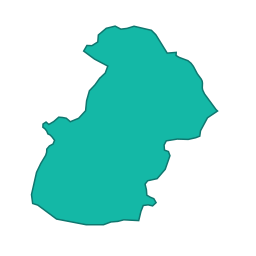 the Province of Montana, rotated 188°
{"feature_id": "BGR-2250", "entity_name": "Montana", "entity_type": "Province", "adm_level": 1, "iso_a3": "BGR", "parent_name": "Bulgaria", "parent_adm1": "", "projection": "orthographic", "projection_center": [23.215, 43.499], "detail": "fine", "context": "isolated", "style": "filled", "palette": "teal", "viewbox_px": 256, "rotation_deg": 188, "n_neighbors": 0, "source": "natural_earth", "source_scale": "10m", "svg_char_len": 1235}
<svg xmlns="http://www.w3.org/2000/svg" viewBox="0 0 256 256"><g transform="rotate(188 128 128)"><path d="M90.8,209.6L90.5,206.5L87.4,205.1L78.0,203.0L74.6,200.9L71.9,198.2L66.9,191.3L62.3,186.6L61.1,184.8L60.5,182.8L60.0,178.0L59.3,175.9L56.9,172.3L43.4,158.5L41.7,157.3L50.7,149.2L55.8,135.4L55.8,129.9L59.6,127.8L66.7,125.1L77.7,123.9L88.3,120.6L89.9,116.2L88.8,111.2L84.7,110.3L82.6,106.4L85.4,92.3L92.1,81.9L101.2,78.5L103.3,74.8L101.2,69.5L100.0,64.1L96.4,62.6L92.6,61.6L89.8,58.0L92.8,54.3L97.4,54.7L102.1,53.4L103.6,47.2L104.5,37.8L119.4,36.5L125.1,34.1L131.8,32.6L138.8,28.8L156.0,26.4L186.1,27.9L206.6,39.1L211.9,40.0L214.3,48.6L212.4,71.4L209.4,80.8L205.7,89.5L205.2,92.6L205.5,95.8L203.3,99.3L200.0,101.7L199.0,105.6L202.2,108.8L204.2,110.3L206.5,111.0L208.0,113.6L210.1,115.6L212.4,116.9L212.7,120.1L210.0,122.5L206.9,120.5L202.4,124.1L198.1,129.1L194.3,129.3L190.5,129.1L186.0,126.2L178.2,130.8L172.4,139.2L172.8,149.3L171.4,159.5L166.7,166.1L162.9,173.4L158.2,179.2L156.6,186.5L170.8,191.6L182.6,198.0L180.2,204.0L175.2,204.5L169.9,209.0L170.3,216.0L163.4,223.7L154.9,227.1L148.8,224.9L142.8,226.5L136.2,229.6L118.4,228.0L113.4,224.2L99.6,207.6L90.8,209.6Z" fill="#14b8a6" stroke="#0f766e" stroke-width="1.5"/></g></svg>